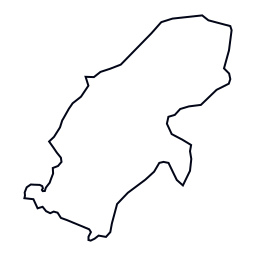 outline of Nyong-et-Mfoumou, Centre, Cameroon
{"feature_id": "32672807B17257894448554", "entity_name": "Nyong-et-Mfoumou", "entity_type": "district", "adm_level": 2, "iso_a3": "CMR", "parent_name": "Cameroon", "parent_adm1": "Centre", "projection": "orthographic", "projection_center": [12.233, 3.83], "detail": "fine", "context": "isolated", "style": "outline", "palette": "ink", "viewbox_px": 256, "rotation_deg": 0, "n_neighbors": 0, "source": "geoboundaries", "source_scale": "gbopen_adm2", "svg_char_len": 1204}
<svg xmlns="http://www.w3.org/2000/svg" viewBox="0 0 256 256"><path d="M85.6,76.8L88.4,85.7L81.0,96.7L72.6,103.3L71.4,105.1L68.9,108.7L62.8,119.5L62.3,120.2L60.0,127.4L54.0,136.9L49.1,141.5L53.4,147.6L56.8,152.6L60.9,157.7L61.5,161.9L58.0,166.0L52.8,168.0L53.1,173.5L50.7,179.8L49.7,182.7L45.9,187.6L44.8,191.0L42.7,191.1L41.9,189.9L42.9,188.2L42.2,186.1L39.7,184.9L34.2,184.7L30.8,184.5L26.7,187.3L24.7,192.4L25.0,195.5L24.4,198.2L33.4,199.2L37.6,208.3L42.6,206.8L46.1,211.2L50.2,213.2L53.7,211.6L57.6,212.7L60.9,217.9L67.0,220.1L89.2,229.3L90.9,232.1L88.5,236.7L88.5,240.0L90.7,240.6L94.6,238.7L98.6,235.6L106.0,236.9L110.3,232.1L111.9,223.4L117.1,204.0L127.8,192.8L145.2,179.8L154.1,171.7L159.3,162.9L160.6,162.6L163.5,161.9L168.5,162.9L174.0,174.3L176.8,180.0L182.9,185.4L190.0,170.8L191.3,159.0L190.0,151.2L191.1,145.0L182.2,139.6L171.7,134.1L166.9,123.7L168.4,116.8L174.8,114.9L180.2,109.0L188.9,106.4L200.9,104.9L216.6,89.8L228.8,83.7L230.3,79.1L229.1,73.5L224.0,68.4L229.0,50.3L231.6,30.2L230.3,26.1L208.4,20.3L202.2,15.4L172.5,18.6L161.4,22.1L160.5,23.0L151.4,33.3L146.1,38.7L120.8,64.6L110.0,68.8L101.4,71.6L100.5,71.9L93.9,77.1L85.6,76.8Z" fill="none" stroke="#020617" stroke-width="2"/></svg>